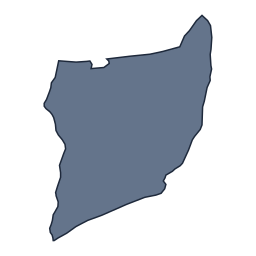 outline of Toto, Nassarawa, Nigeria
{"feature_id": "59680162B43531883815254", "entity_name": "Toto", "entity_type": "district", "adm_level": 2, "iso_a3": "NGA", "parent_name": "Nigeria", "parent_adm1": "Nassarawa", "projection": "albers", "projection_center": [7.153, 8.233], "detail": "fine", "context": "isolated", "style": "filled", "palette": "slate", "viewbox_px": 256, "rotation_deg": 0, "n_neighbors": 0, "source": "geoboundaries", "source_scale": "gbopen_adm2", "svg_char_len": 1249}
<svg xmlns="http://www.w3.org/2000/svg" viewBox="0 0 256 256"><path d="M58.7,60.8L55.2,77.5L51.4,82.8L50.9,87.1L50.8,87.8L49.4,91.9L46.5,99.5L44.2,103.3L44.2,106.2L45.9,108.5L46.2,108.8L49.9,111.8L52.0,114.4L53.7,117.6L55.4,124.1L56.0,130.5L58.3,134.9L62.4,139.9L65.0,144.3L65.6,148.9L63.8,153.3L59.5,165.3L60.6,172.7L60.6,177.3L57.6,186.1L55.6,192.6L56.0,194.4L56.1,195.8L58.2,201.9L57.9,206.6L54.8,212.1L53.2,214.8L52.4,220.4L51.2,224.5L49.7,228.3L50.3,232.4L52.1,235.0L52.9,237.9L53.2,240.6L54.1,240.6L58.2,237.9L66.7,233.2L75.9,226.6L82.5,223.1L86.6,221.0L87.7,220.4L101.9,215.2L126.5,204.4L144.8,197.3L155.9,195.1L161.1,193.3L164.7,188.8L165.9,184.4L163.3,181.0L165.0,177.9L165.9,175.1L172.4,171.3L175.0,168.9L180.2,165.7L182.5,163.2L188.5,150.1L192.3,139.9L194.5,136.5L200.2,129.5L202.0,124.9L202.6,106.9L204.3,101.2L207.1,87.5L209.9,81.2L210.2,80.3L209.9,76.8L211.6,69.0L210.9,65.4L210.2,54.4L211.0,49.3L211.8,37.4L210.5,25.6L207.6,20.6L202.0,15.4L196.5,20.6L189.5,30.6L184.5,36.0L179.8,46.8L163.4,51.3L159.5,52.2L150.0,54.2L143.2,54.9L129.3,56.3L111.8,58.4L106.8,59.0L108.8,61.0L109.2,63.5L103.9,67.5L91.1,68.6L92.0,64.4L89.9,61.0L86.6,61.4L76.1,62.1L66.6,61.4L60.2,60.9L58.7,60.8Z" fill="#64748b" stroke="#1e293b" stroke-width="1.5"/></svg>